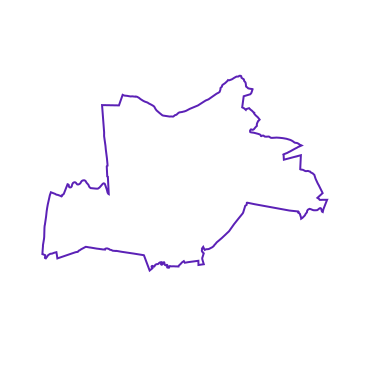 Vladeni, Iasi, Romania, rotated 297°
{"feature_id": "2599482B51425193153488", "entity_name": "Vladeni", "entity_type": "district", "adm_level": 2, "iso_a3": "ROU", "parent_name": "Romania", "parent_adm1": "Iasi", "projection": "equal_earth", "projection_center": [27.345, 47.424], "detail": "fine", "context": "isolated", "style": "outline", "palette": "violet", "viewbox_px": 384, "rotation_deg": 297, "n_neighbors": 0, "source": "geoboundaries", "source_scale": "gbopen_adm2", "svg_char_len": 6001}
<svg xmlns="http://www.w3.org/2000/svg" viewBox="0 0 384 384"><g transform="rotate(297 192 192)"><path d="M246.4,315.9L243.0,309.4L243.1,309.0L243.6,308.1L243.7,307.4L243.6,307.0L243.7,306.4L249.0,308.4L250.3,308.9L251.1,307.9L255.7,301.7L256.6,300.3L259.9,296.1L262.9,293.1L263.0,292.3L263.4,291.2L263.4,290.3L263.4,288.7L263.8,288.1L263.7,287.8L263.5,286.3L263.4,285.7L262.5,284.4L262.1,283.5L262.1,280.7L261.4,278.7L261.4,278.1L261.6,278.0L274.2,272.3L262.5,259.2L265.9,257.2L266.7,256.8L266.8,256.4L267.0,256.4L270.3,259.3L271.3,259.9L272.3,260.7L277.2,264.0L279.1,265.4L280.1,266.0L283.2,268.5L283.2,267.3L282.9,266.7L283.1,266.2L283.2,265.9L283.3,265.4L283.4,264.0L283.3,263.2L282.7,261.5L282.6,261.0L283.0,258.7L283.0,257.9L283.1,257.5L283.0,255.8L282.3,252.0L281.3,248.7L280.1,245.5L278.9,242.7L276.6,238.8L276.2,237.9L276.1,237.4L276.3,235.6L276.3,235.3L274.9,232.9L274.4,231.5L274.7,230.2L274.6,229.8L274.2,229.2L273.2,228.3L273.2,228.1L273.5,227.9L273.8,227.4L274.0,226.6L274.0,225.9L273.8,224.4L272.9,220.3L272.0,217.7L271.8,216.8L271.9,216.7L272.4,216.2L273.0,215.9L273.3,215.9L274.4,216.0L274.6,216.2L274.8,217.5L275.4,218.3L276.2,218.7L278.6,219.2L280.4,219.8L281.1,219.3L282.3,218.9L283.0,218.8L283.8,218.8L284.7,218.7L285.2,218.7L285.7,219.0L287.2,219.4L288.2,217.3L288.4,216.9L289.2,213.9L290.1,211.8L290.6,211.1L290.9,211.2L291.0,210.4L291.7,208.3L291.9,206.9L292.6,204.8L290.6,202.8L290.3,202.7L289.6,202.7L290.2,200.5L290.2,198.3L300.8,194.6L305.5,199.5L306.5,199.8L307.3,199.9L311.1,199.3L311.1,199.0L310.4,197.0L309.9,195.2L309.9,194.9L310.3,193.6L310.4,192.7L310.5,192.4L310.8,192.1L312.7,190.9L313.9,189.9L314.7,188.0L315.5,187.4L315.8,187.1L316.0,186.7L316.0,185.9L316.3,184.2L317.5,183.3L317.6,183.0L317.6,182.6L317.0,181.4L316.2,181.1L315.9,180.8L315.6,180.3L315.0,179.2L312.6,177.6L311.7,177.1L310.4,176.3L308.5,174.5L308.2,174.0L308.1,173.7L308.1,173.3L306.9,173.1L304.1,172.1L302.6,171.3L301.7,170.8L300.9,170.5L300.6,170.5L299.5,170.8L299.0,170.7L298.3,170.4L297.5,170.2L296.2,170.8L294.2,171.1L293.5,171.1L292.3,170.4L290.8,169.3L282.0,164.6L279.8,162.7L277.8,161.5L271.8,158.0L265.1,152.3L261.7,149.9L260.2,148.5L259.8,147.9L259.0,147.1L257.9,145.6L257.2,144.6L256.6,144.2L255.6,143.7L254.1,143.2L253.5,142.8L252.8,142.0L250.8,141.1L250.5,140.7L249.8,139.0L249.1,137.9L247.0,131.6L246.9,130.7L247.6,127.4L248.6,123.4L249.4,121.8L250.9,119.6L251.0,119.3L251.2,118.1L251.3,116.3L251.3,113.2L251.5,111.8L251.1,108.8L251.1,107.1L251.4,103.9L251.8,102.1L251.9,100.1L251.8,99.3L251.5,98.5L251.3,98.5L250.1,95.3L249.3,94.0L248.7,92.2L248.3,90.8L247.2,87.9L247.1,86.1L236.0,87.6L228.6,72.4L205.3,86.6L201.9,88.3L193.9,93.9L190.6,96.0L183.4,100.9L178.5,104.0L177.1,104.8L176.5,104.4L176.2,104.4L175.1,105.0L167.4,109.4L167.4,110.1L152.3,118.8L152.3,118.5L152.8,117.5L153.3,116.9L155.5,115.0L157.8,112.6L159.5,110.8L159.7,110.3L159.7,109.9L159.7,109.5L159.4,109.2L159.0,108.9L158.5,108.7L154.1,107.6L152.4,106.7L151.9,106.0L151.3,104.6L149.5,100.0L149.6,99.2L149.9,98.3L150.6,97.3L151.4,96.4L152.4,93.8L153.5,92.1L153.6,91.3L153.5,90.6L153.0,89.8L152.4,89.2L151.7,88.8L150.9,88.6L149.6,88.6L148.7,88.4L147.9,88.0L147.2,87.4L146.8,86.7L146.7,86.2L147.0,85.4L147.5,84.4L147.6,83.7L147.5,83.2L147.2,82.7L146.6,82.2L146.0,81.9L144.8,81.8L143.4,82.0L142.3,82.3L141.3,82.0L140.7,81.3L140.6,80.6L140.7,80.3L141.4,79.5L142.2,79.1L142.5,78.4L142.4,77.6L132.3,78.6L131.6,78.5L131.3,78.4L130.6,77.7L129.7,77.9L129.1,77.9L128.8,77.7L128.8,76.4L128.5,73.8L128.1,72.4L128.1,71.5L128.2,71.0L127.7,66.4L124.6,66.8L115.3,69.2L112.3,70.1L109.0,71.2L103.7,73.2L96.0,75.8L95.1,76.0L92.9,76.9L84.9,80.7L83.1,81.4L76.8,83.4L76.1,83.8L75.6,84.0L72.7,85.2L68.7,86.9L68.7,87.1L69.0,87.6L68.9,88.8L69.1,89.6L69.0,90.0L68.2,90.3L66.6,90.8L66.4,91.1L66.5,91.9L67.9,92.1L68.5,92.3L70.1,92.4L71.0,92.8L72.6,93.8L73.6,95.3L75.2,96.7L76.8,98.5L74.4,100.3L71.7,102.2L85.1,115.2L85.9,116.1L86.8,117.4L88.2,117.7L88.4,117.8L88.9,118.3L90.6,119.2L91.3,119.7L94.9,122.2L95.2,123.0L96.2,126.3L96.3,126.4L98.3,132.8L99.3,135.5L99.4,136.0L99.9,137.2L100.1,138.0L101.2,140.6L101.8,140.4L102.2,140.6L103.0,141.6L103.3,142.3L103.5,144.1L103.3,144.8L103.4,145.4L103.7,146.5L103.7,148.0L104.9,151.0L105.1,151.1L105.7,152.9L106.7,156.2L110.6,167.8L113.8,177.7L113.8,177.9L102.8,189.9L106.2,191.4L106.3,191.4L106.6,191.1L106.7,190.3L107.1,189.9L107.4,189.8L108.0,190.0L108.2,190.3L108.3,190.7L108.1,191.5L108.3,192.1L108.7,192.3L109.7,192.3L110.7,192.5L111.6,193.2L112.2,194.2L112.7,194.6L114.1,195.0L114.9,195.6L115.7,196.8L115.7,197.2L115.4,197.3L114.1,197.1L113.6,197.1L113.4,197.6L113.4,198.0L113.6,198.2L115.1,198.9L115.6,198.9L116.3,198.6L116.5,198.7L116.7,199.0L116.5,199.4L115.0,200.6L114.8,200.9L114.7,201.1L114.8,201.8L114.8,202.4L115.6,202.6L115.7,202.8L115.7,203.0L115.4,203.4L115.1,203.5L113.6,204.1L113.5,204.3L114.0,205.7L114.2,205.8L114.3,205.9L115.5,205.5L115.8,205.7L116.1,206.3L116.1,206.8L116.4,207.4L117.3,209.0L117.6,209.7L119.5,213.8L120.1,213.6L123.3,214.7L123.8,214.8L124.6,215.0L126.7,216.1L125.7,217.7L127.8,220.5L133.6,228.9L129.9,230.9L133.0,235.3L135.8,232.6L136.9,231.6L137.4,231.3L137.8,231.1L142.2,230.4L142.7,230.3L143.0,228.9L143.4,228.7L143.8,227.7L144.0,227.5L145.0,227.1L145.4,227.1L145.8,227.0L146.2,226.8L146.3,226.6L148.2,226.9L146.5,229.1L146.2,229.7L146.9,230.1L147.4,230.6L148.4,232.3L149.0,233.0L152.1,235.2L153.8,235.9L154.8,236.0L156.5,236.5L158.4,236.9L160.5,237.8L164.6,239.5L173.8,242.8L182.6,244.1L189.5,245.5L196.0,246.9L197.0,246.9L203.9,245.7L205.3,246.5L207.3,245.8L207.6,246.2L209.6,253.5L219.7,287.2L222.8,295.3L222.1,295.7L222.5,296.2L221.7,296.9L221.6,297.9L218.6,300.9L217.8,301.4L219.0,302.1L221.7,303.0L222.6,303.2L224.3,303.2L225.4,303.5L226.3,303.6L227.2,303.2L227.9,303.2L228.8,303.3L229.4,303.7L230.3,304.3L230.6,305.4L230.8,307.9L231.1,309.0L232.5,311.6L233.2,312.1L235.2,313.0L235.6,313.3L235.9,313.7L236.0,314.0L235.8,314.5L235.0,315.4L234.0,316.2L233.5,317.0L233.5,317.6L236.3,316.9L246.4,315.9Z" fill="none" stroke="#5b21b6" stroke-width="2"/></g></svg>